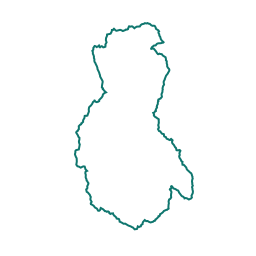 Huaylas, Áncash, Peru, rotated 162°
{"feature_id": "86281439B81908215942962", "entity_name": "Huaylas", "entity_type": "district", "adm_level": 2, "iso_a3": "PER", "parent_name": "Peru", "parent_adm1": "Áncash", "projection": "equal_earth", "projection_center": [-77.846, -8.958], "detail": "fine", "context": "isolated", "style": "outline", "palette": "teal", "viewbox_px": 256, "rotation_deg": 162, "n_neighbors": 0, "source": "geoboundaries", "source_scale": "gbopen_adm2", "svg_char_len": 5736}
<svg xmlns="http://www.w3.org/2000/svg" viewBox="0 0 256 256"><g transform="rotate(162 128 128)"><path d="M92.2,41.2L89.7,41.5L88.7,42.2L88.6,43.9L86.5,46.1L85.8,47.8L85.7,49.6L85.4,50.6L85.4,51.8L85.1,52.4L84.2,53.1L84.3,54.3L84.2,55.1L83.8,55.7L83.8,57.0L83.0,58.8L82.1,59.9L82.1,60.7L81.7,61.9L81.9,62.9L81.7,63.9L81.9,65.4L82.9,66.8L83.4,67.9L84.5,69.7L84.9,71.1L84.8,72.4L86.0,75.1L86.4,75.8L87.5,76.2L87.2,78.1L86.6,78.9L87.5,80.1L87.6,81.7L88.2,83.7L88.1,85.2L88.0,85.5L87.1,86.3L86.9,88.2L85.2,90.1L85.5,90.9L86.1,91.3L86.9,91.1L88.6,91.8L88.8,92.2L88.6,92.9L88.6,94.5L89.1,95.0L89.6,97.7L90.4,99.4L90.6,100.3L90.2,101.7L89.5,102.3L89.4,102.6L90.4,104.3L90.8,104.2L91.2,103.6L92.0,103.6L92.9,104.4L93.2,104.9L93.8,105.2L94.6,106.0L94.8,107.7L96.0,108.6L96.2,109.4L95.8,110.9L95.9,111.2L97.3,111.9L98.0,113.4L98.3,114.8L99.4,115.5L99.5,115.8L99.8,117.7L99.1,118.1L98.5,118.9L98.4,119.2L98.6,119.6L98.3,120.6L98.4,121.4L97.4,122.7L97.2,123.5L96.9,123.8L96.6,125.5L96.2,126.1L96.1,126.9L96.2,127.2L97.1,128.0L97.8,129.3L98.5,129.7L99.4,131.4L99.5,132.1L99.1,132.6L99.1,133.1L99.3,134.6L98.1,134.6L96.9,135.7L96.2,135.6L95.8,137.1L94.1,138.5L94.2,139.2L93.8,139.6L93.4,140.5L92.3,141.5L91.7,143.1L91.3,143.8L90.7,144.2L90.9,144.8L90.3,145.7L87.9,146.0L87.7,146.3L87.1,146.5L86.1,147.2L85.8,149.5L85.4,150.2L84.2,151.5L83.4,153.5L83.0,153.9L82.9,155.1L81.7,157.0L80.3,158.1L80.1,160.0L79.6,161.3L78.0,162.8L78.0,163.1L75.6,166.0L73.2,167.6L72.7,168.3L72.1,168.7L71.0,169.8L70.7,170.6L70.7,171.4L71.5,173.2L71.7,174.6L71.2,176.0L71.2,177.6L70.5,179.5L71.0,180.7L70.7,181.4L70.4,183.6L72.6,186.3L72.9,187.5L73.1,187.8L74.6,188.5L75.1,189.0L76.3,188.8L76.7,189.0L77.4,190.7L77.6,192.0L79.0,195.5L80.0,196.0L81.3,196.0L81.5,196.1L81.5,196.3L80.2,197.5L78.3,198.2L77.8,198.4L76.2,198.0L74.7,199.0L73.9,199.2L72.7,199.1L70.6,198.5L68.0,198.4L67.5,197.8L67.7,198.8L68.7,200.4L69.1,201.6L69.3,202.5L69.2,205.0L69.6,205.9L69.6,206.4L69.3,207.5L69.6,208.9L69.5,209.6L69.4,209.9L68.6,210.3L69.0,211.6L69.6,212.2L70.8,213.8L70.6,215.0L71.1,216.9L72.1,217.4L73.1,217.6L74.1,218.5L75.1,220.3L76.4,221.0L76.9,221.7L78.1,221.7L79.6,222.5L80.6,222.2L82.8,222.4L84.2,221.9L85.4,220.9L88.4,221.7L90.1,221.3L91.1,220.9L92.4,223.2L93.3,223.6L94.3,223.6L95.5,224.4L96.1,223.9L96.4,223.3L97.1,222.8L97.5,222.0L98.7,221.9L99.5,222.3L100.2,222.0L102.9,221.8L103.2,222.0L103.9,222.9L105.2,223.8L108.8,224.0L109.6,224.6L110.7,226.8L110.8,226.8L111.8,225.9L113.0,226.2L113.2,225.6L114.2,224.2L114.8,223.8L115.2,223.2L116.2,223.1L119.0,223.4L119.6,222.0L121.1,220.3L121.9,218.4L121.9,216.1L123.7,214.4L123.9,213.3L124.3,212.5L124.6,212.6L125.0,212.2L126.4,212.3L126.7,212.4L127.2,213.4L127.7,213.9L128.2,214.0L129.7,213.4L129.9,213.7L130.1,215.4L131.2,214.8L132.0,214.9L132.7,214.6L133.7,215.9L134.4,216.3L136.3,214.8L136.5,213.9L136.9,213.1L138.1,212.4L137.9,211.3L138.5,209.4L138.3,208.4L138.3,206.5L138.8,205.1L138.7,203.8L139.3,202.2L139.3,200.8L138.9,199.7L138.9,198.5L138.6,197.0L138.5,194.9L138.8,193.4L138.3,189.7L138.4,188.0L138.3,187.0L138.6,185.5L137.7,180.7L137.8,179.7L139.4,176.8L140.3,174.7L139.7,173.8L139.6,173.5L140.0,173.1L140.0,172.7L139.5,172.2L139.2,171.0L137.9,168.7L139.2,168.6L140.9,168.0L141.7,167.3L142.4,166.1L143.7,165.1L146.7,163.6L147.1,162.5L148.2,162.2L148.8,162.4L149.5,162.2L150.0,162.4L151.1,163.4L151.1,164.3L151.4,164.5L152.0,163.9L153.3,163.5L154.5,162.1L156.5,160.7L158.1,160.1L158.8,159.4L159.6,157.8L160.1,155.7L162.5,152.8L162.7,152.4L163.5,152.3L164.7,152.8L165.4,152.9L166.5,150.8L167.5,150.0L168.3,149.2L168.5,148.7L168.8,147.7L169.8,147.3L170.3,146.9L170.9,146.9L171.4,146.0L172.5,145.9L174.3,144.9L174.7,143.1L175.1,142.5L175.1,142.1L176.3,141.3L176.8,140.7L177.5,140.7L178.1,140.4L178.7,139.6L177.9,136.4L177.9,135.0L177.2,133.7L177.9,131.8L178.7,130.7L179.0,129.8L179.1,128.1L178.9,127.4L181.4,122.8L184.1,123.0L184.8,122.7L185.2,122.3L185.6,121.0L186.5,119.6L186.6,119.2L186.5,116.7L186.2,115.2L186.3,114.6L187.1,111.8L188.5,109.1L187.9,107.2L186.7,106.5L185.2,104.9L183.0,105.3L182.0,105.2L181.1,104.7L181.2,101.8L180.2,99.9L181.2,99.8L182.1,99.3L182.6,98.1L182.6,96.5L183.5,94.2L183.5,92.8L183.3,92.2L183.6,90.8L183.1,89.8L183.0,88.4L182.7,88.0L182.8,87.4L183.2,86.8L184.8,85.2L185.0,84.0L185.5,83.0L186.5,82.7L186.8,82.4L187.0,80.1L186.0,78.9L185.4,77.2L185.0,76.5L184.9,74.8L184.7,73.9L185.5,72.6L185.9,71.4L185.4,69.0L186.7,67.9L186.8,67.0L186.1,66.4L184.7,64.7L184.0,62.6L182.6,61.1L182.3,60.4L182.1,59.1L181.9,58.5L180.9,58.2L180.0,58.6L179.4,59.2L178.9,60.2L178.6,60.4L177.8,59.4L177.1,58.8L176.4,57.7L175.7,56.1L175.0,55.9L174.0,54.8L172.8,54.9L172.1,54.1L171.9,53.4L172.1,52.8L171.3,51.7L170.3,51.9L169.5,51.5L168.7,51.5L168.7,50.6L168.2,48.8L167.8,48.4L166.8,46.5L166.8,45.4L166.0,44.9L165.2,44.6L164.7,44.1L164.7,42.3L164.9,41.5L163.4,40.2L161.8,38.3L160.2,37.9L157.8,35.1L155.7,33.5L155.1,32.7L154.1,31.9L153.0,29.6L150.7,29.2L150.3,29.6L149.1,31.4L148.1,30.4L147.4,30.6L146.2,30.5L145.4,31.7L143.8,32.1L143.6,32.9L142.7,34.0L140.5,35.3L139.5,33.8L138.1,33.5L136.9,32.1L135.7,31.2L133.1,31.1L132.2,31.6L131.2,31.4L130.3,32.4L129.9,32.3L129.3,32.8L128.1,33.2L126.5,34.2L126.2,34.7L125.5,34.4L125.2,34.6L124.9,34.8L124.0,36.2L123.3,36.2L121.0,37.0L119.5,38.0L116.8,38.3L116.1,38.1L115.5,38.5L114.5,38.6L114.2,38.9L114.1,40.1L113.1,42.6L112.5,43.5L112.1,45.4L112.0,45.9L111.6,46.3L111.0,47.3L109.6,47.6L108.4,48.6L107.9,50.8L107.6,51.4L107.2,52.4L106.7,53.0L106.4,54.3L107.2,56.6L106.8,57.0L106.3,56.7L105.9,56.9L105.1,58.3L105.1,59.1L104.7,59.3L104.4,59.2L104.0,58.4L103.5,56.5L102.2,55.6L101.2,54.6L100.7,53.8L99.7,53.1L99.4,52.0L99.4,50.8L99.0,49.8L98.1,47.1L97.6,46.3L96.9,45.8L96.3,44.8L96.0,44.2L96.0,43.6L94.8,43.6L93.7,42.9L92.2,41.2Z" fill="none" stroke="#0f766e" stroke-width="2"/></g></svg>